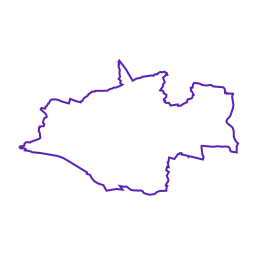 Blanchardstown-Mulhuddart Lea-5, Fingal, Ireland, rotated 357°
{"feature_id": "5873133B33785826163763", "entity_name": "Blanchardstown-Mulhuddart Lea-5", "entity_type": "district", "adm_level": 2, "iso_a3": "IRL", "parent_name": "Ireland", "parent_adm1": "Fingal", "projection": "robinson", "projection_center": [-6.344, 53.42], "detail": "fine", "context": "isolated", "style": "outline", "palette": "violet", "viewbox_px": 256, "rotation_deg": 357, "n_neighbors": 0, "source": "geoboundaries", "source_scale": "gbopen_adm2", "svg_char_len": 2764}
<svg xmlns="http://www.w3.org/2000/svg" viewBox="0 0 256 256"><g transform="rotate(357 128 128)"><path d="M23.8,144.9L28.2,145.8L31.3,147.2L39.2,148.4L56.1,152.2L61.6,154.5L66.5,157.7L84.8,170.2L84.4,171.5L87.6,172.8L89.1,176.0L91.7,179.5L95.4,181.9L100.5,183.8L103.2,189.5L113.2,188.3L119.3,189.3L116.9,185.5L120.3,186.4L123.5,186.4L127.6,189.9L130.9,190.7L133.5,190.7L134.5,191.1L137.2,191.0L139.4,191.9L140.1,193.6L143.3,195.0L146.6,195.8L148.9,195.5L150.9,195.5L153.4,193.5L156.3,192.6L163.0,192.6L163.4,189.1L164.2,187.9L162.7,187.3L164.1,184.6L165.3,183.8L165.6,181.4L164.2,177.7L166.5,174.0L164.0,172.3L164.9,168.9L166.6,169.3L165.8,164.4L166.5,164.3L167.5,159.6L172.7,161.4L176.7,156.5L178.0,156.6L178.4,155.9L179.7,155.8L180.3,156.1L180.2,157.3L186.7,159.0L186.9,159.9L187.3,159.5L189.0,159.7L201.1,163.4L202.0,161.1L200.9,158.3L200.4,151.0L200.6,149.8L201.7,149.7L212.0,151.2L216.4,150.9L220.8,151.6L225.6,151.6L228.0,152.5L229.4,156.8L235.3,158.1L235.5,152.1L237.2,149.2L235.0,147.0L233.2,142.4L233.4,136.5L232.4,132.9L227.4,128.4L226.6,126.7L227.4,124.6L230.6,121.7L233.6,114.3L234.5,110.7L233.6,101.9L234.8,99.4L233.8,99.0L232.4,99.2L231.0,98.8L228.3,98.9L228.2,97.9L226.7,98.1L226.8,94.6L225.6,92.6L225.0,92.3L215.2,90.9L213.5,89.5L211.7,89.3L208.8,89.7L204.2,88.9L201.8,87.4L196.3,86.4L195.1,88.1L194.6,91.1L192.9,91.0L192.8,94.2L193.4,94.4L195.4,98.3L194.3,98.7L194.0,100.6L192.9,101.8L189.0,102.6L188.1,105.4L184.4,106.9L181.8,108.5L179.2,108.5L179.0,107.1L171.7,107.8L170.2,105.0L167.5,105.0L165.9,103.8L166.5,102.7L165.5,102.1L165.3,101.1L167.8,99.1L168.1,96.8L165.3,95.1L165.6,94.1L164.6,92.6L162.1,92.1L165.3,87.9L165.2,86.6L167.1,84.1L165.6,79.5L167.7,78.1L168.3,77.1L170.1,77.0L169.5,75.0L168.5,74.9L167.6,73.7L164.5,74.1L163.1,73.7L160.2,75.3L160.1,75.9L157.6,75.9L156.3,77.2L154.4,76.8L145.4,77.6L143.0,78.6L139.1,79.1L135.1,81.0L128.4,68.2L122.8,60.2L122.1,61.2L123.0,61.6L122.3,62.8L122.5,64.0L122.0,64.0L121.8,65.8L122.8,69.9L122.3,72.9L122.7,76.6L121.2,78.5L123.3,80.7L122.5,82.5L123.6,84.1L124.5,84.4L122.7,85.4L118.2,87.0L115.7,86.9L114.6,87.7L111.6,88.3L109.3,89.7L97.2,89.2L96.9,89.8L93.9,89.8L92.0,91.4L90.3,92.0L89.4,93.7L85.8,95.7L83.7,98.6L82.5,98.9L82.1,99.9L77.0,98.3L71.8,95.9L70.3,100.4L64.1,98.4L59.6,96.3L57.0,95.6L53.4,95.5L51.7,96.5L50.3,99.3L49.7,99.2L47.9,102.0L46.9,102.3L46.4,104.3L42.7,103.5L41.8,104.9L46.2,109.2L47.2,111.0L47.4,112.7L44.8,114.0L43.7,116.5L43.5,118.6L44.6,119.7L44.0,121.7L39.8,121.9L39.9,122.8L39.0,123.4L39.2,124.6L38.6,126.1L39.6,128.3L39.9,133.4L38.5,134.2L30.0,136.8L29.5,137.4L26.6,136.8L25.2,137.1L23.9,138.1L23.4,140.3L19.0,140.9L18.8,141.9L19.7,142.1L19.8,142.6L20.6,142.4L21.0,142.9L22.2,142.8L22.4,142.5L24.6,143.6L23.8,144.9Z" fill="none" stroke="#5b21b6" stroke-width="2"/></g></svg>